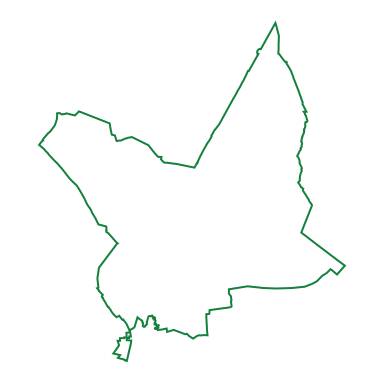 outline of Daugavpils, Daugavpils, Latvia
{"feature_id": "27541924B86608938053042", "entity_name": "Daugavpils", "entity_type": "district", "adm_level": 2, "iso_a3": "LVA", "parent_name": "Latvia", "parent_adm1": "Daugavpils", "projection": "mercator", "projection_center": [26.527, 55.896], "detail": "fine", "context": "isolated", "style": "outline", "palette": "green", "viewbox_px": 384, "rotation_deg": 0, "n_neighbors": 0, "source": "geoboundaries", "source_scale": "gbopen_adm2", "svg_char_len": 5888}
<svg xmlns="http://www.w3.org/2000/svg" viewBox="0 0 384 384"><path d="M336.4,259.4L334.5,257.8L334.2,257.7L321.8,248.3L301.3,232.6L303.2,227.7L312.0,205.4L311.8,204.7L311.6,204.4L310.4,202.6L309.6,201.7L308.6,199.5L306.1,195.5L306.0,195.2L303.2,191.1L302.8,189.6L303.2,188.7L302.7,188.4L301.1,186.9L300.9,187.0L300.5,186.0L300.0,185.1L298.2,182.5L298.8,181.7L299.8,180.7L299.9,179.8L299.8,178.9L299.8,177.4L300.1,175.7L300.6,173.5L301.8,170.9L301.8,170.7L301.5,170.3L301.3,169.2L301.7,168.9L301.9,168.5L301.7,167.7L301.5,167.2L300.6,165.2L300.2,164.6L299.7,163.7L299.7,162.5L299.5,162.0L299.6,161.6L299.4,160.1L298.7,158.2L297.8,156.7L297.2,156.1L297.3,155.8L298.8,152.8L299.7,151.0L300.3,150.2L300.7,149.5L300.8,149.2L300.6,148.5L300.7,148.0L300.9,147.8L301.3,147.8L301.7,146.4L301.5,145.8L301.6,145.3L301.9,144.5L302.1,143.8L302.1,143.4L301.8,143.1L301.7,142.1L301.3,141.8L301.2,141.5L301.3,141.1L301.6,140.6L301.6,140.3L301.5,140.2L301.5,139.8L301.6,138.9L301.9,138.6L302.0,138.1L302.2,137.8L302.3,137.3L302.1,137.0L302.6,136.2L302.6,135.5L302.7,135.2L303.1,134.8L303.5,134.0L303.6,133.7L303.6,133.1L303.7,132.9L303.9,132.8L304.1,132.2L303.9,131.3L303.9,130.9L304.0,130.7L304.3,130.6L304.3,130.4L304.2,129.9L304.0,129.5L304.0,129.3L304.2,128.8L304.7,128.3L305.3,126.6L305.3,125.4L305.1,124.3L305.5,122.1L306.9,121.9L307.4,120.9L307.2,120.2L306.5,117.9L306.0,115.9L305.1,114.6L304.9,113.4L303.8,111.8L306.4,111.7L302.5,104.1L302.7,102.3L301.5,99.4L300.7,96.8L299.5,93.8L298.8,91.4L297.9,89.2L293.5,78.0L292.8,75.7L291.4,72.0L290.7,70.4L288.3,66.3L286.4,63.4L286.4,62.8L286.8,62.2L286.4,61.8L285.2,61.8L284.1,60.6L282.9,59.1L279.2,54.1L278.7,54.0L278.3,53.7L278.6,49.3L278.6,46.2L278.6,44.2L278.9,36.0L276.6,26.9L275.4,23.0L260.8,49.2L259.5,48.9L257.9,50.1L257.1,51.8L257.4,53.6L258.4,53.9L248.8,71.0L248.1,70.8L247.5,71.9L246.4,74.5L243.6,80.3L242.0,82.9L240.2,86.6L237.7,90.8L235.2,95.5L232.9,99.4L219.1,124.5L214.2,130.7L211.3,135.9L211.6,136.5L209.1,140.9L207.6,142.8L203.8,149.5L200.2,156.4L198.0,161.2L198.0,161.3L197.7,161.8L197.9,162.0L197.0,163.7L196.7,163.5L194.5,167.6L191.4,167.0L177.4,164.1L168.3,162.9L163.9,162.5L161.0,159.4L161.5,157.0L158.0,156.8L154.4,152.8L148.4,145.2L133.0,137.6L131.7,137.1L129.9,137.5L128.0,137.7L126.9,138.2L125.2,138.6L121.0,140.5L120.0,140.5L116.7,141.0L116.2,139.7L114.9,135.4L111.8,134.7L111.1,131.5L110.6,129.2L109.7,123.4L79.0,111.4L75.0,115.4L70.4,114.4L66.4,113.3L66.1,113.4L65.5,113.9L63.7,114.1L61.7,114.4L59.6,113.1L57.1,113.3L57.1,116.0L56.9,119.2L56.3,120.9L55.7,123.0L54.7,125.5L50.9,130.7L49.8,131.9L48.1,133.2L47.8,133.7L46.2,135.4L43.6,138.5L43.0,139.5L42.8,139.8L43.1,140.5L42.2,140.9L39.1,144.9L44.2,149.2L44.9,150.2L48.2,153.6L48.4,154.1L51.0,157.0L54.5,160.7L57.5,163.6L58.4,164.7L61.7,168.4L69.5,178.4L72.9,181.9L76.8,185.6L77.8,187.1L81.0,192.4L84.3,198.3L86.4,202.9L88.1,205.9L90.6,209.3L92.1,212.8L95.5,218.4L98.4,224.4L106.3,226.5L106.5,229.9L106.1,230.1L106.0,230.4L106.1,230.9L106.5,231.5L106.4,232.0L107.7,232.7L108.3,233.2L110.3,235.4L116.6,242.6L117.6,243.4L117.1,243.6L99.0,267.6L97.4,278.2L98.4,287.7L97.1,288.2L99.3,291.0L99.2,291.3L102.8,294.8L102.7,295.1L102.1,295.8L101.8,296.3L102.8,297.7L102.5,297.9L104.2,300.5L104.6,301.4L105.0,301.9L107.2,305.8L107.8,306.7L108.3,307.3L108.6,307.1L109.9,309.0L110.7,310.1L111.3,311.3L112.4,312.9L113.9,314.7L116.5,317.2L119.2,315.8L122.2,319.6L122.5,319.9L123.2,319.5L123.7,320.1L124.7,321.5L126.4,323.7L127.3,325.6L127.5,326.1L129.2,329.6L129.2,329.9L129.8,331.2L130.0,331.9L130.0,332.3L126.4,332.8L126.7,337.4L124.1,337.4L124.0,338.1L120.0,338.1L120.0,340.8L117.6,340.8L119.1,345.3L117.7,347.3L113.3,353.5L119.2,354.9L119.4,355.2L119.9,355.0L120.2,355.1L117.9,357.8L120.7,358.7L121.7,358.9L122.0,358.8L122.7,359.0L123.4,359.4L124.1,359.5L124.9,359.9L124.8,360.3L126.0,360.5L126.3,360.9L126.8,361.0L128.1,355.5L129.1,351.1L129.4,349.9L130.3,346.0L131.0,343.2L131.2,340.5L126.8,340.2L126.7,338.0L129.2,338.0L129.2,336.5L130.9,336.5L130.2,332.3L129.6,330.1L131.9,329.0L134.4,327.4L137.5,317.3L139.2,318.8L139.7,319.1L140.1,319.4L140.8,319.8L141.0,320.1L141.6,320.3L141.8,320.6L142.3,321.0L142.3,321.4L142.4,322.5L143.0,322.9L142.8,325.7L142.9,326.1L143.2,326.4L143.5,326.7L144.0,326.8L144.8,326.7L145.0,326.5L145.1,326.3L145.2,325.6L145.4,325.5L146.0,325.2L147.0,324.0L146.9,323.6L146.7,323.1L146.9,322.4L146.8,321.8L147.0,321.6L147.5,320.0L147.6,319.3L148.2,317.6L148.3,316.9L148.7,316.3L148.9,316.2L149.9,316.0L151.1,316.4L151.5,316.1L151.9,315.6L152.2,315.6L152.8,316.5L153.3,316.8L154.9,317.6L155.1,317.8L155.1,318.0L154.9,318.1L153.4,317.6L153.2,317.8L153.0,318.0L153.1,318.3L153.7,318.4L154.0,318.6L154.0,318.8L153.7,319.3L153.7,319.6L153.8,319.7L154.0,319.8L154.7,319.7L155.1,319.8L155.4,320.1L155.6,320.6L155.6,321.1L155.4,321.7L154.8,322.4L154.5,323.2L154.6,324.4L154.6,324.6L155.0,324.7L155.2,324.2L155.5,323.8L156.0,323.8L156.5,325.0L156.8,325.3L157.2,325.5L157.4,325.5L157.9,325.4L158.5,325.1L158.8,325.3L158.8,325.5L157.6,326.2L157.5,326.4L157.5,326.7L157.5,326.9L158.1,327.1L158.3,327.3L158.4,327.5L158.2,327.9L157.7,328.0L156.7,327.3L156.4,327.1L155.7,327.6L154.9,328.2L154.8,328.4L154.8,328.6L155.2,328.9L156.0,328.9L156.7,328.8L157.5,329.8L157.6,330.0L161.5,329.6L166.6,328.5L167.1,331.9L173.7,329.9L185.4,334.3L186.8,333.7L188.9,335.9L193.1,338.6L197.3,335.8L199.5,335.2L200.3,335.5L201.4,335.3L204.5,335.1L207.5,335.3L207.0,330.3L206.8,325.8L206.4,318.9L206.3,314.2L209.2,313.9L209.5,312.4L209.5,310.8L209.6,310.1L223.4,308.2L223.6,308.1L225.7,308.0L229.8,307.3L230.9,307.0L231.6,306.3L231.1,302.4L230.9,301.4L231.4,300.8L231.4,299.6L231.3,299.2L231.3,298.7L231.1,298.1L231.0,297.2L231.1,296.8L231.0,296.3L228.9,293.6L228.9,289.3L247.6,286.3L263.4,288.0L276.1,288.5L292.2,288.0L304.8,286.7L312.7,283.6L317.1,281.1L322.2,275.8L326.6,273.1L330.6,269.2L332.8,270.9L337.0,274.5L344.9,265.7L336.4,259.4Z" fill="none" stroke="#15803d" stroke-width="2"/></svg>